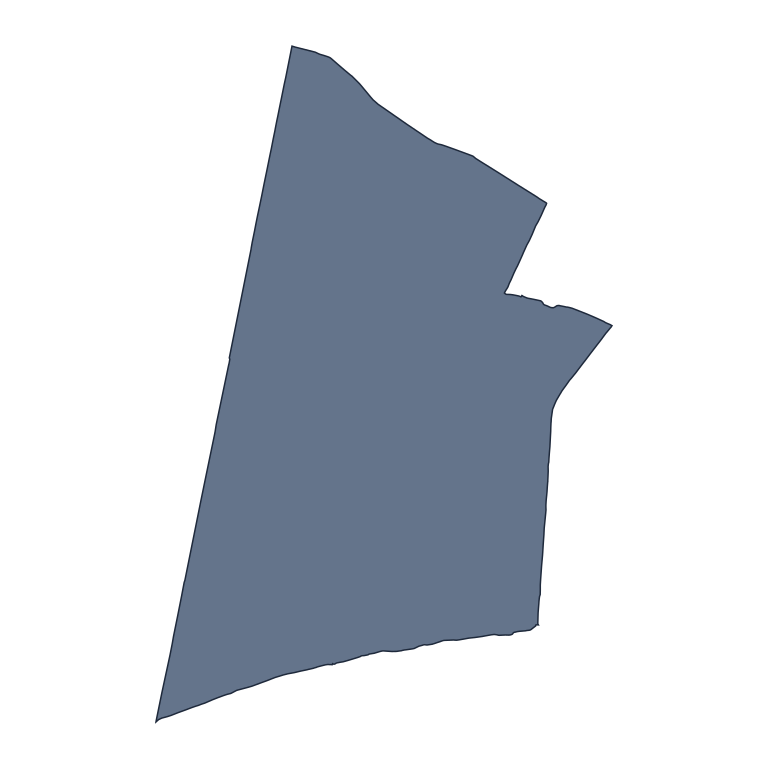 Lak Si, Bangkok Metropolis, Thailand (Natural Earth projection)
{"feature_id": "78962969B56226274044395", "entity_name": "Lak Si", "entity_type": "district", "adm_level": 2, "iso_a3": "THA", "parent_name": "Thailand", "parent_adm1": "Bangkok Metropolis", "projection": "natural_earth1", "projection_center": [100.575, 13.882], "detail": "fine", "context": "isolated", "style": "filled", "palette": "slate", "viewbox_px": 768, "rotation_deg": 0, "n_neighbors": 0, "source": "geoboundaries", "source_scale": "gbopen_adm2", "svg_char_len": 5410}
<svg xmlns="http://www.w3.org/2000/svg" viewBox="0 0 768 768"><path d="M612.0,325.7L610.2,324.6L608.7,324.0L608.2,323.8L605.5,322.6L604.7,322.1L603.6,321.4L602.2,320.8L596.8,318.3L587.3,314.2L579.7,311.2L572.0,308.2L568.9,307.4L567.4,307.1L566.6,307.1L564.0,306.5L560.8,305.9L560.2,305.8L559.1,305.5L558.5,305.5L557.6,305.6L557.0,305.7L556.6,305.9L554.6,307.2L553.5,307.7L553.2,307.7L552.3,307.7L550.8,307.5L549.7,307.1L548.1,306.3L547.9,306.2L546.7,305.7L545.3,305.2L544.6,305.0L544.1,304.7L543.5,304.2L543.3,303.9L542.8,302.9L542.7,302.7L541.6,301.5L541.1,301.1L540.8,300.9L540.1,300.7L534.1,299.4L530.0,298.6L528.2,298.3L526.8,297.9L523.2,296.4L522.5,295.8L521.9,295.5L521.3,296.6L521.1,296.7L521.0,296.8L520.9,296.8L520.6,296.7L520.3,296.6L519.9,296.4L518.8,296.0L517.9,295.8L516.5,295.5L512.8,294.8L510.5,294.5L508.3,294.4L506.9,294.4L506.4,294.3L506.2,294.3L505.7,294.1L504.4,293.0L505.5,290.9L507.2,288.2L507.9,287.0L509.4,283.1L511.0,279.9L514.0,272.9L516.1,268.5L517.4,266.1L520.0,260.4L522.5,254.8L523.4,252.6L524.1,251.1L526.8,245.1L529.3,240.6L532.2,234.3L535.6,226.0L538.1,221.7L541.2,215.4L544.3,208.4L544.8,207.3L546.1,204.9L546.4,203.9L546.6,203.3L546.0,202.7L542.8,200.8L541.2,199.8L539.2,198.6L537.0,197.0L517.5,184.8L498.6,172.8L483.2,163.2L479.7,161.0L477.2,159.4L475.9,158.6L475.4,158.2L473.3,156.4L472.8,156.1L471.8,155.7L455.6,149.7L447.5,146.8L446.7,146.5L442.3,145.0L441.6,144.8L440.9,144.6L438.3,144.1L437.8,143.9L437.3,143.8L435.6,143.0L434.7,142.6L433.7,142.0L431.8,140.8L430.8,140.1L427.5,138.2L406.9,124.3L405.9,123.6L379.0,104.9L378.0,104.2L373.7,100.4L373.3,100.1L370.5,96.9L361.3,85.8L360.6,85.0L359.5,83.7L351.9,76.1L350.5,75.1L348.6,73.5L344.4,70.0L337.3,63.9L333.2,60.3L331.6,58.9L330.6,58.1L330.2,57.8L328.8,57.1L327.1,56.5L323.7,55.4L319.9,54.3L317.8,53.4L316.4,52.7L315.3,52.2L314.6,52.0L295.2,47.1L292.0,46.1L285.7,77.7L284.3,84.0L281.4,98.4L279.7,106.7L277.9,115.7L276.7,121.4L275.5,127.5L274.9,130.8L273.2,139.0L271.4,148.3L269.7,156.4L266.9,170.3L265.4,177.5L263.8,185.3L261.8,195.4L259.6,206.0L258.1,213.1L257.5,215.9L255.9,223.9L254.6,230.7L253.7,235.1L252.1,242.9L252.1,243.0L251.6,245.8L251.2,248.1L251.1,249.1L229.3,357.9L229.8,359.2L229.1,363.3L228.7,364.8L216.2,424.7L215.3,430.5L215.2,431.2L214.7,433.8L205.6,477.8L201.0,500.2L184.9,580.3L184.2,582.3L181.7,595.5L179.7,605.6L177.7,615.7L173.5,636.4L172.3,643.4L170.0,655.1L161.8,693.1L156.3,720.1L156.2,720.6L156.0,721.9L158.6,719.6L161.8,718.1L167.4,716.6L171.1,715.4L178.2,712.6L185.4,710.0L191.7,707.6L195.7,706.2L198.4,705.4L201.4,704.2L204.5,703.2L204.8,703.1L212.4,699.8L218.5,697.4L219.4,697.1L223.4,695.6L227.0,694.4L229.3,693.8L230.3,693.6L231.3,693.2L236.6,690.4L237.6,690.1L247.7,687.4L248.4,687.2L251.9,686.2L261.6,682.6L266.6,680.8L269.7,679.6L270.9,679.1L275.3,677.4L280.6,675.8L283.1,675.0L287.8,673.8L294.4,672.6L300.6,671.1L301.6,670.9L306.9,669.8L308.4,669.4L309.2,669.2L309.4,669.2L313.3,668.3L314.7,667.8L316.0,667.5L317.4,666.9L320.4,666.1L325.1,664.9L326.9,664.6L327.8,664.5L328.6,664.5L329.6,664.6L330.9,664.6L332.2,664.7L332.6,663.7L333.1,664.0L333.3,664.1L333.9,664.1L334.3,664.1L334.6,664.1L334.9,664.0L335.2,663.8L335.7,663.5L335.8,663.4L336.1,663.2L336.3,663.1L336.5,663.0L336.8,662.9L339.1,662.5L339.3,662.4L343.1,661.8L347.4,660.6L350.4,659.7L357.6,657.5L358.4,657.2L360.0,656.7L361.1,656.0L362.0,655.7L364.1,655.6L367.7,654.9L368.1,654.8L368.7,654.3L369.5,654.0L373.9,653.3L374.4,653.2L380.0,651.5L382.1,651.0L383.4,650.9L384.7,651.0L391.9,651.5L396.8,651.4L397.9,651.2L401.5,650.7L402.4,650.4L404.3,650.0L406.7,649.7L412.2,648.9L414.2,648.5L418.1,646.6L419.1,646.1L419.7,646.0L421.9,645.4L423.1,645.0L424.2,644.7L427.0,645.0L432.3,644.2L433.1,643.9L433.9,643.7L442.4,640.8L442.7,640.7L443.9,640.4L453.7,640.0L454.5,640.1L456.6,640.2L458.9,639.9L464.6,638.9L468.9,638.1L472.8,637.7L474.8,637.5L482.7,636.4L483.0,636.3L491.3,634.8L493.8,634.5L494.8,634.5L497.4,634.9L498.1,635.2L498.3,635.2L499.3,635.3L500.9,635.2L505.4,635.0L509.0,635.1L509.8,635.0L510.4,634.9L510.8,634.8L511.6,634.5L512.1,634.3L512.5,634.0L513.2,633.0L513.3,632.9L513.8,632.5L514.2,632.3L515.0,632.2L517.3,631.6L519.6,631.3L525.5,630.8L526.9,630.5L528.9,630.3L530.0,630.1L530.6,629.8L531.1,629.5L535.7,625.9L535.7,625.3L535.7,625.2L535.9,625.0L536.5,624.8L538.4,624.9L537.8,623.8L538.1,612.8L538.8,604.0L539.0,601.1L539.2,599.2L539.5,596.7L540.2,594.5L540.3,590.0L540.3,585.0L540.6,579.9L541.6,565.7L542.5,555.7L542.7,552.9L543.2,544.6L543.9,534.9L544.2,528.4L545.7,513.3L546.0,509.9L545.9,507.1L545.9,504.9L546.1,501.3L546.1,501.1L546.4,498.0L546.7,495.1L546.8,493.9L547.0,491.9L547.3,487.1L547.7,482.0L547.8,481.7L547.8,480.2L548.0,476.2L548.2,471.3L548.2,470.7L548.1,466.5L548.4,463.7L548.6,462.9L548.7,462.6L548.8,461.6L549.0,457.9L549.4,452.6L549.9,446.9L550.5,435.2L550.7,431.6L550.8,427.4L551.0,422.8L551.1,422.1L551.3,418.4L552.6,409.3L554.0,405.9L554.2,405.3L555.7,401.8L556.4,400.3L556.5,400.1L558.6,396.5L559.5,395.0L559.9,394.3L560.8,392.9L561.0,392.5L562.0,390.8L564.1,387.9L565.3,386.3L568.0,382.5L568.4,381.9L569.6,380.2L571.3,378.3L574.8,374.0L575.1,373.7L578.5,369.2L581.0,365.9L581.7,365.0L581.9,364.7L584.3,361.6L584.5,361.4L589.7,354.5L597.3,344.6L599.2,342.2L601.5,339.2L602.3,338.1L602.6,337.6L603.2,336.9L603.8,336.1L604.2,335.4L604.5,335.1L606.0,333.1L606.9,332.1L610.1,328.2L610.5,327.8L610.9,327.4L611.3,326.7L612.0,325.7Z" fill="#64748b" stroke="#1e293b" stroke-width="1.5"/></svg>